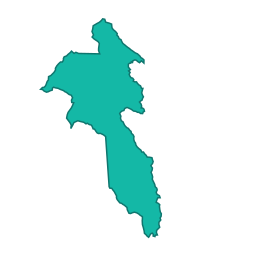 Porto Alegre do Tocantins, Tocantins, Brazil (Mercator projection), rotated 319°
{"feature_id": "56859067B35819047686555", "entity_name": "Porto Alegre do Tocantins", "entity_type": "district", "adm_level": 2, "iso_a3": "BRA", "parent_name": "Brazil", "parent_adm1": "Tocantins", "projection": "mercator", "projection_center": [-47.044, -11.55], "detail": "fine", "context": "isolated", "style": "filled", "palette": "teal", "viewbox_px": 256, "rotation_deg": 319, "n_neighbors": 0, "source": "geoboundaries", "source_scale": "gbopen_adm2", "svg_char_len": 3376}
<svg xmlns="http://www.w3.org/2000/svg" viewBox="0 0 256 256"><g transform="rotate(319 128 128)"><path d="M71.9,224.0L73.7,223.5L75.3,222.8L77.3,223.2L77.3,224.9L76.1,226.0L77.1,227.6L78.3,226.8L80.0,228.0L80.8,225.6L82.4,224.1L84.0,223.9L86.8,223.7L88.0,221.1L89.5,219.4L92.4,218.9L93.1,217.0L95.0,216.4L96.9,214.6L97.3,212.6L98.5,210.4L100.5,207.5L101.6,206.8L101.5,205.0L100.5,202.6L102.6,201.2L104.8,200.2L106.5,201.7L107.3,199.7L106.4,197.1L107.1,195.0L109.4,193.9L110.2,192.3L110.0,190.2L111.2,188.0L112.7,182.6L114.5,181.1L115.6,178.8L116.3,176.6L118.6,175.6L120.2,174.2L120.3,172.8L120.6,171.4L123.2,170.9L125.0,169.8L125.6,168.1L126.6,166.1L125.0,164.1L123.4,162.6L123.8,160.3L123.6,158.5L123.9,156.3L122.6,155.2L123.2,153.2L122.7,150.5L122.5,148.2L122.8,146.1L123.8,144.2L123.9,142.7L124.5,141.1L125.6,139.5L126.9,138.4L127.4,136.4L127.1,134.3L128.1,132.5L127.8,131.1L128.0,128.5L127.3,126.9L127.2,124.0L127.7,122.0L128.3,120.1L127.7,118.1L128.8,115.6L130.4,114.4L131.2,111.6L132.9,111.2L134.7,111.3L136.4,112.1L138.3,111.1L140.7,111.8L141.4,113.0L142.1,114.6L142.8,116.3L143.3,118.8L144.9,120.7L145.4,122.3L146.6,123.5L147.0,125.3L148.5,126.7L150.0,125.9L151.4,126.2L152.4,124.2L152.1,122.5L151.1,121.5L152.7,120.4L153.6,118.4L153.7,115.9L155.3,115.9L156.8,116.2L158.6,115.1L160.1,114.6L160.4,113.0L161.3,110.6L162.9,109.4L165.2,107.9L164.2,107.0L165.1,104.4L164.5,102.6L164.4,100.4L164.7,98.8L163.3,97.5L162.7,96.1L164.1,95.3L164.2,93.4L163.3,92.1L163.4,90.3L164.1,88.2L166.1,87.4L165.9,85.3L168.1,85.5L168.2,82.3L170.1,80.1L171.6,80.1L172.7,80.9L173.9,80.2L174.4,81.5L175.8,80.5L177.9,81.1L178.7,82.4L179.0,84.5L179.6,86.3L182.2,86.1L182.6,89.4L184.7,87.1L184.5,85.0L183.9,83.4L184.2,81.5L183.8,78.2L182.8,76.2L182.0,72.8L181.4,70.6L181.3,69.1L180.7,67.0L179.6,60.7L180.1,58.4L180.7,56.7L179.9,54.8L180.7,52.5L180.5,50.7L181.8,49.7L181.9,47.0L181.4,44.0L181.7,41.8L183.0,39.9L183.8,38.8L182.6,36.5L181.4,34.7L180.6,33.4L181.8,30.7L180.5,29.0L178.3,29.4L175.7,29.4L173.2,28.8L168.8,28.0L166.1,30.3L164.1,31.6L163.0,35.2L160.6,35.8L160.8,38.5L162.1,43.2L161.8,45.4L158.3,48.4L156.7,50.1L155.3,53.5L139.6,39.3L138.3,36.7L136.3,36.3L136.0,34.8L135.8,32.9L133.8,33.2L131.0,33.1L128.9,33.3L126.6,32.4L124.9,33.1L123.8,34.4L121.8,35.1L120.3,33.9L117.6,34.0L115.0,34.4L112.4,35.3L111.4,36.6L109.9,37.1L108.4,37.5L106.6,37.6L104.2,37.8L101.8,37.1L100.4,38.5L99.3,39.6L97.7,39.8L96.0,40.7L94.7,41.5L92.8,42.2L91.3,42.2L90.0,41.3L87.5,41.5L88.7,42.8L88.9,45.1L90.0,47.5L91.8,48.4L93.3,48.7L95.7,49.7L97.2,48.3L98.6,48.4L99.5,50.0L101.3,52.2L102.2,54.4L103.9,57.5L104.1,59.0L104.9,60.7L105.5,64.0L106.7,66.1L106.0,68.8L103.6,69.9L102.3,71.8L103.6,73.3L100.3,74.9L98.3,75.7L93.1,76.9L90.9,78.1L88.1,80.3L87.7,85.9L87.1,88.5L84.5,90.9L88.3,89.5L90.8,88.4L94.9,89.6L96.2,91.7L98.4,94.7L99.0,97.3L100.5,97.8L101.0,100.0L102.1,101.3L102.1,103.0L101.6,104.4L101.1,105.8L102.0,106.9L101.6,109.8L101.5,111.4L102.1,112.8L103.7,114.0L105.0,117.0L105.5,119.8L76.4,158.4L75.3,159.8L74.8,161.4L76.2,162.9L75.9,165.2L75.9,166.9L75.3,169.4L74.8,171.7L73.5,173.1L72.9,174.8L72.7,179.1L73.8,180.8L74.0,182.2L74.6,183.9L75.1,187.3L73.8,189.3L72.8,193.0L73.8,194.2L75.9,194.9L77.7,195.8L79.0,197.9L79.7,200.0L79.9,201.7L80.7,204.3L79.2,206.1L78.0,207.2L75.5,210.4L74.3,213.1L72.6,216.4L71.3,218.3L71.6,220.3L71.5,221.9L71.9,224.0Z" fill="#14b8a6" stroke="#0f766e" stroke-width="1.5"/></g></svg>